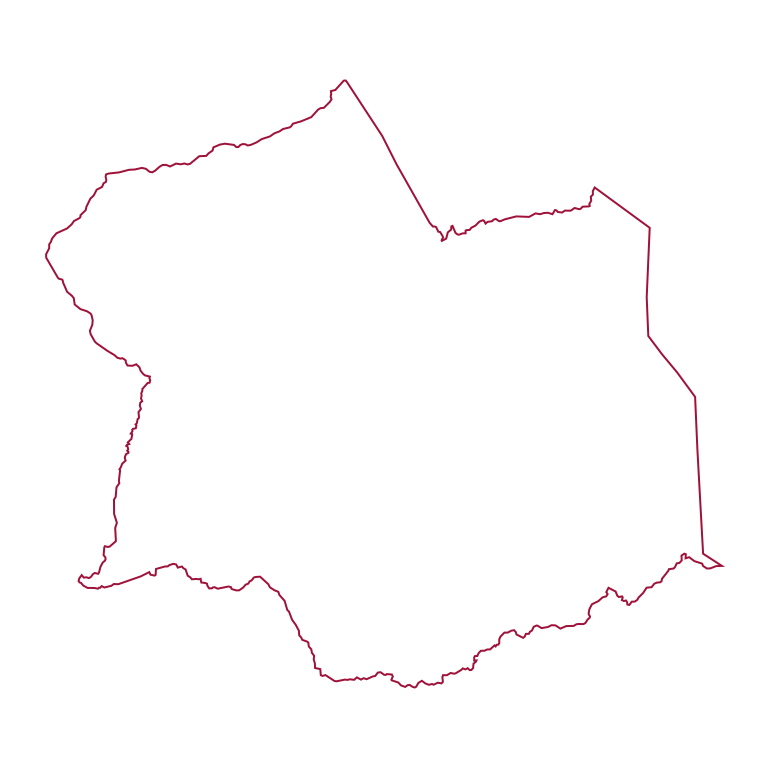 outline of Samburu East, Rift Valley, Kenya
{"feature_id": "3690345B82723098757823", "entity_name": "Samburu East", "entity_type": "district", "adm_level": 2, "iso_a3": "KEN", "parent_name": "Kenya", "parent_adm1": "Rift Valley", "projection": "orthographic", "projection_center": [37.446, 1.109], "detail": "fine", "context": "isolated", "style": "outline", "palette": "rose", "viewbox_px": 768, "rotation_deg": 0, "n_neighbors": 0, "source": "geoboundaries", "source_scale": "gbopen_adm2", "svg_char_len": 6051}
<svg xmlns="http://www.w3.org/2000/svg" viewBox="0 0 768 768"><path d="M721.9,565.9L703.1,553.7L697.4,449.6L695.1,396.9L677.3,372.6L661.9,354.1L648.3,336.0L646.7,297.2L649.7,227.8L594.7,187.5L592.8,191.2L592.9,194.6L590.8,196.7L591.2,200.7L589.3,204.1L589.8,205.9L588.9,206.4L582.6,206.7L580.6,208.8L579.3,209.2L574.6,208.0L570.7,210.7L564.9,210.6L562.1,212.5L557.9,212.0L556.3,210.3L554.9,210.1L552.5,214.2L548.0,212.8L544.0,213.0L540.1,214.2L535.5,213.4L529.1,216.9L516.3,216.4L504.9,219.3L500.1,221.3L498.6,220.9L495.8,218.9L493.5,219.7L492.1,221.2L487.5,221.9L485.6,223.6L484.0,220.8L483.0,220.2L479.4,221.6L475.3,225.7L471.4,227.7L469.7,229.9L466.2,230.2L465.6,230.6L465.6,233.3L462.5,233.4L459.0,234.7L457.4,234.4L455.5,232.9L452.5,225.9L451.4,226.4L451.1,229.6L447.8,232.4L446.2,238.6L441.9,240.9L441.6,240.3L443.1,237.3L442.4,235.7L440.1,232.0L438.3,231.7L436.2,227.2L435.1,226.6L432.9,226.5L429.7,222.9L396.6,164.4L382.2,135.9L347.5,82.9L345.7,80.5L344.8,80.5L343.7,80.7L335.3,90.0L330.9,91.1L331.2,93.8L330.7,96.6L331.5,99.3L329.7,102.0L323.9,107.8L320.5,108.2L318.1,109.6L311.3,117.1L300.9,121.4L292.9,123.7L291.1,126.4L289.7,127.4L283.0,129.0L279.5,131.4L274.4,133.3L270.0,136.4L261.7,139.1L256.7,142.3L251.0,144.8L247.8,145.5L245.4,144.3L242.9,144.0L240.3,145.0L238.4,147.0L236.4,147.1L233.9,144.9L224.9,143.7L219.9,144.6L213.5,147.3L212.5,150.6L208.6,153.3L206.2,155.9L199.3,156.2L189.9,163.9L187.4,164.4L184.4,163.5L180.9,164.3L176.0,163.6L170.0,166.5L166.2,164.9L162.5,165.0L159.5,166.8L155.1,170.7L152.2,172.3L149.4,171.7L145.9,168.8L141.9,167.9L134.7,169.5L129.0,169.8L119.1,172.4L108.8,173.5L106.1,174.4L105.6,176.5L106.3,180.1L105.9,181.9L103.6,183.3L102.0,187.0L96.7,189.7L93.7,195.5L90.4,198.6L86.4,206.8L85.7,210.1L80.5,215.2L80.5,216.7L79.5,218.1L74.0,221.0L71.6,224.4L67.0,228.5L56.4,233.3L52.1,238.5L50.9,241.8L49.2,244.4L49.2,248.3L46.1,254.3L46.2,257.7L57.8,277.6L59.0,278.8L62.0,279.5L62.7,280.3L63.1,282.6L67.1,291.8L71.9,295.8L73.8,298.2L74.7,304.5L80.4,309.1L87.1,311.3L90.6,313.6L91.5,315.0L92.7,320.3L92.3,324.9L89.9,330.7L90.7,334.3L94.8,341.5L96.6,343.3L107.6,351.0L114.5,355.1L117.3,357.7L120.4,358.6L122.4,358.2L124.7,359.6L125.7,360.5L125.9,362.7L127.5,365.5L132.4,365.8L136.3,364.3L139.4,367.3L140.6,370.7L143.2,374.0L145.0,375.4L149.9,376.6L149.4,378.2L150.2,380.2L149.6,382.7L147.6,383.0L142.3,389.1L142.4,390.6L141.3,393.3L141.6,395.8L141.0,398.4L142.2,401.3L140.4,402.5L139.8,405.4L140.9,409.0L138.5,412.1L139.0,417.3L138.6,418.5L137.7,419.0L136.7,423.5L135.6,424.4L136.4,425.5L135.8,428.3L132.9,428.9L132.2,429.8L132.5,431.1L130.8,433.6L132.0,433.8L132.2,434.6L131.4,438.9L127.8,442.4L129.2,444.0L127.0,444.8L126.3,445.9L127.3,446.3L127.9,447.9L128.2,449.4L127.2,450.7L128.6,452.1L128.2,453.0L126.1,454.1L125.1,456.4L124.8,458.0L125.6,460.6L122.2,463.7L120.7,467.6L119.4,469.3L120.1,470.3L118.9,480.9L119.3,483.2L116.5,487.3L115.7,496.8L114.0,499.7L114.1,514.0L116.9,522.8L115.2,527.9L115.9,541.1L109.8,546.5L107.9,547.0L104.9,546.2L104.3,547.4L103.6,555.2L105.3,557.2L105.6,559.0L105.0,560.6L102.7,562.6L100.4,567.0L99.0,572.5L98.1,573.8L94.7,573.0L93.0,574.1L90.9,576.9L89.0,578.1L86.4,577.3L83.8,577.6L81.7,575.1L79.2,578.5L78.6,581.1L79.5,582.4L81.0,582.9L83.2,585.5L87.5,587.9L94.6,588.0L97.9,588.7L99.0,587.7L100.1,587.8L101.7,586.1L104.3,587.5L111.4,585.8L113.8,584.0L118.3,584.2L140.7,576.4L149.3,572.1L150.5,574.7L154.6,575.6L155.6,575.0L156.0,569.0L164.9,566.5L167.8,566.4L169.4,565.1L173.3,563.8L176.2,564.5L177.8,567.6L181.9,566.5L183.5,568.3L185.6,569.5L187.7,575.7L190.1,577.2L191.9,579.3L196.3,578.9L198.7,579.3L200.6,578.8L201.3,582.5L205.3,583.0L207.0,583.7L207.5,585.9L209.2,588.4L212.0,588.3L212.9,587.4L214.5,587.2L217.7,588.7L228.5,586.5L230.9,587.1L231.4,588.7L232.2,589.2L236.4,590.4L239.2,590.3L243.1,587.6L245.6,584.7L248.3,583.6L249.6,581.4L251.6,580.4L253.7,577.7L255.3,577.0L260.1,576.7L268.3,584.2L269.9,587.3L274.5,590.3L278.3,591.8L279.4,595.0L284.6,600.8L287.3,610.0L289.0,611.6L292.1,619.8L295.6,624.6L298.9,630.7L299.2,635.2L301.4,637.8L302.2,639.8L307.1,641.6L308.3,642.5L308.8,646.5L311.3,649.3L311.9,652.8L314.2,655.9L313.7,659.2L314.9,663.6L315.1,668.0L320.3,669.1L320.8,675.2L322.4,675.9L325.5,675.1L334.5,681.0L336.5,681.3L344.9,679.6L347.5,679.9L349.8,679.3L354.2,679.8L356.9,677.4L361.0,679.6L363.6,678.2L366.6,679.2L372.6,676.5L375.2,676.0L377.8,672.6L380.5,672.2L384.2,674.8L385.7,674.9L386.8,674.1L391.9,674.5L392.8,676.6L391.4,679.6L391.6,680.3L398.3,682.5L401.0,685.4L405.2,686.9L407.6,685.2L409.6,684.9L412.5,686.8L414.7,687.5L416.1,686.8L418.5,682.8L421.9,680.8L425.3,683.4L428.9,684.8L432.0,684.0L433.6,684.7L437.9,682.7L441.5,683.4L442.9,681.8L442.4,677.1L443.0,675.2L446.9,675.2L450.6,673.0L454.2,673.7L455.7,673.3L461.3,669.9L462.8,668.4L465.5,669.4L467.7,668.2L469.7,670.1L471.3,670.0L473.1,668.1L473.5,663.7L476.0,661.6L476.5,660.4L474.2,660.5L474.2,657.4L474.9,656.1L477.3,656.0L478.5,653.3L480.8,650.8L484.6,650.7L487.1,649.5L490.1,649.4L494.5,645.4L495.6,646.4L496.6,644.8L498.4,644.6L499.3,643.0L499.2,639.6L500.4,636.7L504.4,632.6L507.7,632.6L511.3,630.7L514.1,630.2L515.8,632.1L516.5,634.5L523.1,637.8L524.5,636.9L525.9,633.9L528.9,633.8L530.0,631.7L531.9,630.6L533.7,626.8L536.4,625.6L537.4,625.6L541.6,628.1L547.9,627.0L551.6,625.2L555.5,625.4L560.4,628.6L566.2,626.1L573.7,625.9L576.2,624.4L577.8,624.0L583.4,624.1L585.3,623.1L587.5,619.7L589.7,617.7L590.0,616.4L588.7,614.3L588.7,613.0L589.4,609.2L591.9,604.3L598.4,601.1L602.5,597.4L606.3,596.3L607.6,594.1L606.3,592.1L608.5,587.8L615.6,591.5L617.3,595.7L618.8,597.0L622.1,596.4L622.7,597.4L621.9,600.1L623.9,601.0L626.0,600.5L627.1,602.1L627.4,604.6L629.4,604.9L631.7,601.7L634.8,601.6L637.3,599.8L638.6,597.5L643.2,592.9L646.6,587.7L651.6,587.2L654.3,583.7L656.9,582.6L660.1,582.3L661.5,581.3L662.0,578.8L668.3,570.8L668.9,569.2L673.7,568.5L675.1,566.9L676.7,563.4L679.4,562.9L681.7,560.5L681.5,555.6L684.3,553.7L685.8,554.2L685.6,558.3L689.2,557.2L694.3,561.1L702.1,563.6L703.1,566.0L706.9,568.5L710.2,568.4L716.2,566.1L721.9,565.9Z" fill="none" stroke="#9f1239" stroke-width="2"/></svg>